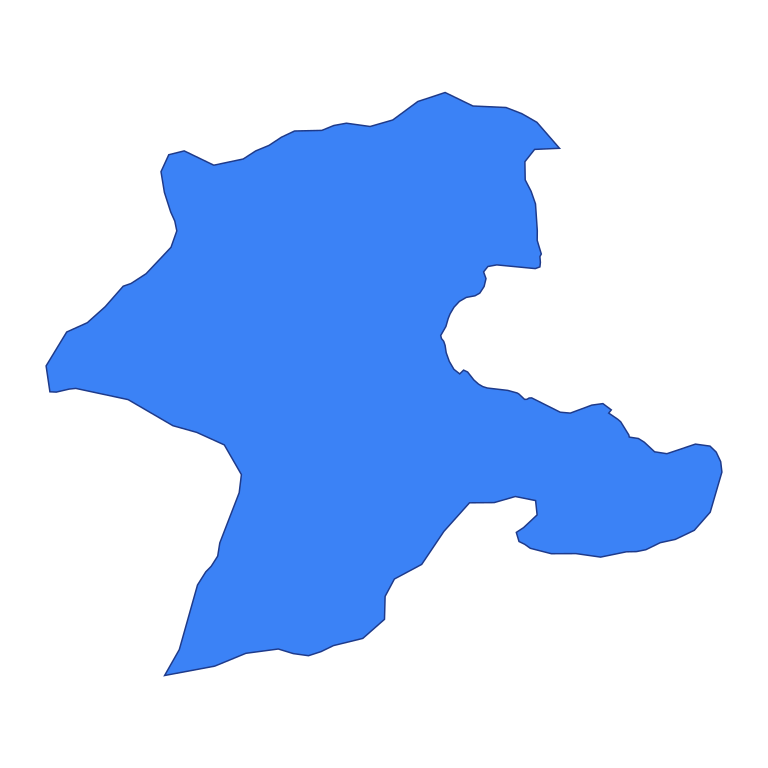 SVG path tracing the border of Malatya
{"feature_id": "TUR-2284", "entity_name": "Malatya", "entity_type": "Province", "adm_level": 1, "iso_a3": "TUR", "parent_name": "Turkey", "parent_adm1": "", "projection": "natural_earth1", "projection_center": [38.295, 38.485], "detail": "fine", "context": "isolated", "style": "filled", "palette": "blue", "viewbox_px": 768, "rotation_deg": 0, "n_neighbors": 0, "source": "natural_earth", "source_scale": "10m", "svg_char_len": 1912}
<svg xmlns="http://www.w3.org/2000/svg" viewBox="0 0 768 768"><path d="M370.1,126.5L392.7,120.0L417.8,101.5L445.1,92.5L472.9,106.0L506.0,107.5L521.9,113.7L536.9,122.3L559.5,148.3L534.6,149.4L524.9,161.7L525.2,179.9L531.1,191.3L535.5,203.9L537.3,230.8L537.2,240.4L541.3,254.0L539.9,256.6L540.4,262.4L539.9,266.9L535.3,268.6L496.8,264.9L487.9,266.5L483.6,271.9L486.0,278.6L484.1,286.5L479.8,293.1L475.0,295.8L466.3,297.4L459.4,301.4L454.0,307.2L450.1,313.8L448.2,318.5L445.9,326.5L440.7,335.5L441.5,338.6L443.7,341.3L445.1,345.4L446.2,352.7L449.3,361.4L453.9,369.3L459.7,373.9L463.6,370.1L467.6,372.0L473.8,379.9L478.5,384.1L482.8,386.6L487.3,388.0L507.8,390.4L517.2,393.0L518.9,394.0L524.6,399.4L527.0,399.3L529.1,398.0L531.7,397.9L560.2,412.2L570.3,413.1L591.8,405.1L602.9,403.6L611.3,409.9L608.7,413.1L617.8,419.3L620.7,421.8L628.8,434.9L629.3,437.1L638.4,438.5L644.3,442.2L654.6,451.8L666.9,453.7L695.4,444.1L710.0,446.1L716.2,452.1L720.7,461.7L721.9,472.1L710.2,512.2L694.3,530.3L675.3,539.4L660.2,542.7L645.9,549.7L636.5,551.6L626.4,551.8L600.6,557.1L576.0,553.6L551.3,553.7L530.3,548.3L524.7,544.3L519.0,541.5L516.3,532.4L523.6,527.6L537.1,514.9L535.6,500.6L515.3,496.5L494.2,502.6L469.5,502.8L443.9,531.4L421.7,564.4L394.4,579.0L385.1,596.4L384.5,619.3L362.8,638.4L333.4,645.6L321.1,651.6L308.5,655.7L293.3,653.6L278.3,649.0L245.9,653.3L214.8,666.1L164.6,675.5L179.3,649.6L197.5,585.0L205.8,571.8L211.2,566.3L217.7,556.1L219.8,542.9L239.2,492.7L241.4,474.6L224.3,444.9L196.8,432.4L172.9,425.7L128.1,399.6L75.8,388.4L69.1,389.1L56.3,392.1L49.9,391.8L46.1,365.9L66.7,332.0L87.3,322.7L105.2,306.7L123.2,286.2L131.0,283.5L146.1,273.7L171.0,247.3L176.8,230.9L174.8,221.1L170.7,212.0L164.4,192.4L161.0,171.7L168.8,154.7L184.2,150.9L213.8,165.2L243.2,159.0L255.7,150.9L269.0,145.4L281.4,137.2L294.5,131.0L321.8,130.4L333.8,125.5L346.4,123.2L370.1,126.5Z" fill="#3b82f6" stroke="#1e3a8a" stroke-width="1.5"/></svg>